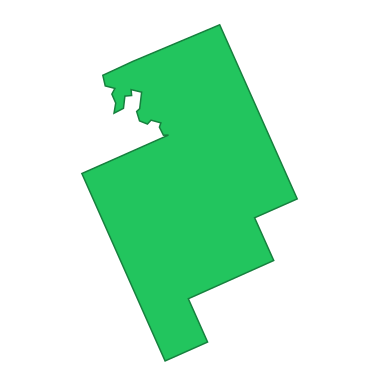 outline of Okfuskee, Oklahoma, United States of America, rotated 66°
{"feature_id": "52423323B78469060482837", "entity_name": "Okfuskee", "entity_type": "district", "adm_level": 2, "iso_a3": "USA", "parent_name": "United States of America", "parent_adm1": "Oklahoma", "projection": "robinson", "projection_center": [-96.434, 35.464], "detail": "fine", "context": "isolated", "style": "filled", "palette": "green", "viewbox_px": 384, "rotation_deg": 66, "n_neighbors": 0, "source": "geoboundaries", "source_scale": "gbopen_adm2", "svg_char_len": 536}
<svg xmlns="http://www.w3.org/2000/svg" viewBox="0 0 384 384"><g transform="rotate(66 192 192)"><path d="M48.6,192.9L49.1,226.0L59.8,228.1L66.0,220.3L70.0,225.4L79.7,225.5L88.3,231.2L87.7,220.6L77.1,214.3L79.3,207.9L73.7,206.0L80.3,197.4L94.6,205.9L95.9,209.8L105.7,211.0L111.8,205.1L109.7,200.2L116.2,192.3L119.5,195.4L128.5,195.0L130.4,190.3L130.4,233.3L130.3,285.1L311.7,285.3L335.4,285.3L335.4,238.8L288.0,238.8L287.8,145.2L241.0,145.3L241.1,98.7L50.5,98.7L48.6,192.9Z" fill="#22c55e" stroke="#15803d" stroke-width="1.5"/></g></svg>